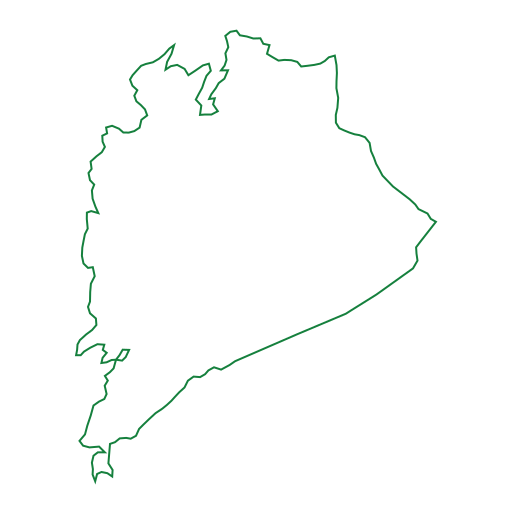 the district of Timbé do Sul, Santa Catarina, Brazil
{"feature_id": "56859067B25320929028049", "entity_name": "Timbé do Sul", "entity_type": "district", "adm_level": 2, "iso_a3": "BRA", "parent_name": "Brazil", "parent_adm1": "Santa Catarina", "projection": "natural_earth1", "projection_center": [-49.896, -28.823], "detail": "fine", "context": "isolated", "style": "outline", "palette": "green", "viewbox_px": 512, "rotation_deg": 0, "n_neighbors": 0, "source": "geoboundaries", "source_scale": "gbopen_adm2", "svg_char_len": 2800}
<svg xmlns="http://www.w3.org/2000/svg" viewBox="0 0 512 512"><path d="M235.1,361.2L297.3,334.2L345.9,313.7L351.4,310.2L376.5,294.5L413.0,268.4L417.5,260.6L416.5,253.6L416.1,247.3L419.9,242.3L435.9,221.8L430.8,218.9L427.5,213.5L422.8,211.2L418.5,209.1L415.3,204.5L409.7,199.3L393.0,186.5L382.5,175.6L379.1,169.2L376.1,163.8L373.9,157.6L371.0,151.0L369.6,142.9L365.0,137.2L359.3,135.1L354.6,134.3L349.5,132.6L344.1,130.4L339.3,128.2L335.9,122.7L335.8,114.9L337.4,107.9L338.2,97.9L336.4,88.2L336.5,81.3L336.9,73.0L336.5,65.1L334.8,55.6L328.8,57.3L324.8,61.0L320.3,63.6L314.3,64.9L307.4,65.8L301.2,66.5L297.3,61.9L291.2,60.2L284.3,59.9L278.5,60.6L272.3,57.0L267.0,53.8L269.5,45.1L263.3,43.8L260.4,38.3L253.3,38.5L246.9,36.5L239.9,35.3L236.5,30.7L230.3,31.8L225.3,35.9L227.0,41.1L228.3,47.2L225.4,53.3L226.5,59.9L224.6,65.6L221.0,70.4L228.0,70.3L224.4,78.7L218.7,83.1L215.8,88.2L211.3,94.3L209.1,99.0L214.8,98.3L213.1,104.4L217.8,111.2L211.5,114.5L205.1,114.5L200.0,114.9L201.3,105.5L195.8,99.6L198.9,93.7L202.2,87.7L204.1,81.9L206.5,75.8L210.8,70.8L208.9,63.7L202.9,65.4L195.1,70.8L188.4,75.2L184.6,68.9L177.2,64.9L170.8,66.2L165.5,69.7L167.1,61.9L171.5,53.8L174.1,45.1L169.3,48.6L164.5,54.2L158.9,58.8L152.9,62.3L145.8,64.0L141.1,65.8L136.7,70.6L132.6,75.2L130.0,79.5L132.4,85.7L137.3,90.2L134.3,95.7L136.4,101.3L140.9,105.1L145.0,109.4L147.2,115.4L141.4,119.8L139.6,127.6L134.3,131.1L128.8,132.6L123.3,132.5L119.0,128.7L112.1,125.8L106.1,127.5L107.1,133.4L102.3,135.7L102.6,141.7L104.9,146.9L101.8,152.2L96.6,156.2L90.6,161.6L91.6,168.9L88.5,173.0L90.0,180.2L94.2,184.6L91.9,190.4L92.6,198.7L95.4,206.6L98.3,213.1L91.2,211.1L86.9,212.6L86.8,219.0L87.7,228.6L84.9,234.2L83.5,241.2L82.3,247.6L81.9,255.9L83.5,263.5L88.0,267.9L92.8,267.2L94.7,276.2L90.9,283.7L90.2,292.1L90.0,301.6L88.0,306.9L90.0,313.3L95.9,318.5L96.4,325.0L92.1,330.0L86.2,334.4L79.9,340.1L77.5,344.5L77.1,349.9L76.1,355.2L80.7,355.2L84.0,351.6L90.3,347.7L97.4,344.2L104.3,344.7L102.8,349.9L106.7,352.8L102.6,357.8L101.4,363.0L106.6,362.3L111.6,360.0L116.0,359.7L113.6,368.4L109.9,372.2L104.9,375.9L107.8,380.6L104.7,385.7L106.6,394.0L104.3,399.0L99.0,401.6L93.5,405.5L90.7,415.6L87.3,425.7L85.0,434.4L79.5,440.9L83.1,445.7L89.5,447.4L99.1,446.6L104.8,452.3L97.9,452.3L93.5,455.7L91.9,462.7L92.9,469.1L92.6,474.5L95.2,481.3L97.1,474.0L101.4,472.0L107.4,473.2L112.2,476.5L112.6,470.0L108.4,463.4L110.0,443.9L115.0,442.2L119.7,438.4L126.2,437.9L130.7,438.7L136.0,435.8L139.1,428.9L143.4,424.6L148.9,419.3L155.5,413.2L162.4,408.6L166.7,405.1L171.4,400.8L175.0,396.8L179.3,392.2L184.5,387.5L187.9,380.7L193.6,376.6L200.1,377.1L205.1,374.2L208.4,370.4L214.0,367.3L221.1,369.6L229.6,365.0L235.1,361.2ZM116.0,359.7L119.5,355.2L122.7,349.7L129.1,349.9L125.7,357.1L122.1,360.6L116.0,359.7Z" fill="none" stroke="#15803d" stroke-width="2"/></svg>